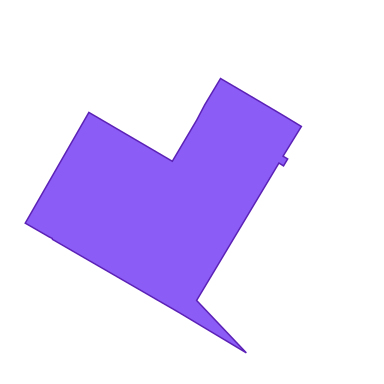 outline of Hendry, Florida, United States of America, rotated 121°
{"feature_id": "52423323B13528942112308", "entity_name": "Hendry", "entity_type": "district", "adm_level": 2, "iso_a3": "USA", "parent_name": "United States of America", "parent_adm1": "Florida", "projection": "albers", "projection_center": [-81.278, 26.606], "detail": "fine", "context": "isolated", "style": "filled", "palette": "violet", "viewbox_px": 384, "rotation_deg": 121, "n_neighbors": 0, "source": "geoboundaries", "source_scale": "gbopen_adm2", "svg_char_len": 416}
<svg xmlns="http://www.w3.org/2000/svg" viewBox="0 0 384 384"><g transform="rotate(121 192 192)"><path d="M79.5,132.0L79.4,154.0L79.7,194.1L80.0,224.1L80.0,226.0L110.7,226.0L127.9,225.0L175.8,224.7L176.9,321.4L304.6,318.9L304.1,291.6L303.8,287.9L304.5,287.2L302.0,141.4L301.9,62.6L282.6,132.2L122.4,132.4L122.5,127.0L114.4,127.0L114.4,132.4L79.5,132.0Z" fill="#8b5cf6" stroke="#5b21b6" stroke-width="1.5"/></g></svg>